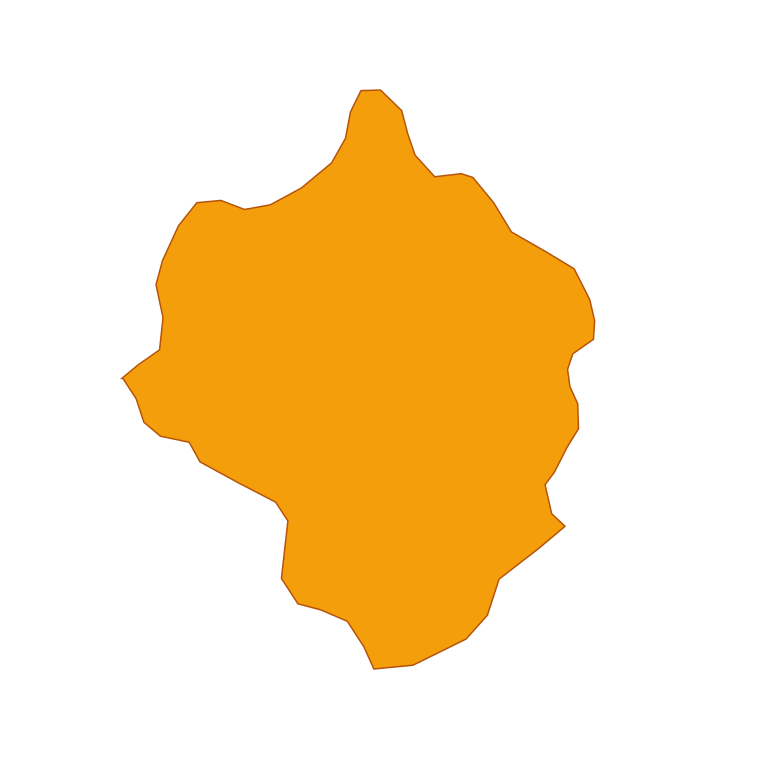 the district of Markaryd, Kronoberg, Sweden, rotated 327°
{"feature_id": "70781695B56962203648696", "entity_name": "Markaryd", "entity_type": "district", "adm_level": 2, "iso_a3": "SWE", "parent_name": "Sweden", "parent_adm1": "Kronoberg", "projection": "mercator", "projection_center": [13.654, 56.563], "detail": "fine", "context": "isolated", "style": "filled", "palette": "amber", "viewbox_px": 768, "rotation_deg": 327, "n_neighbors": 0, "source": "geoboundaries", "source_scale": "gbopen_adm2", "svg_char_len": 939}
<svg xmlns="http://www.w3.org/2000/svg" viewBox="0 0 768 768"><g transform="rotate(327 384 384)"><path d="M330.8,638.0L344.8,634.2L374.3,610.3L424.8,606.1L457.7,602.0L458.3,601.9L454.0,584.1L464.2,556.2L479.0,550.7L503.2,536.7L522.7,527.5L535.7,506.1L538.5,487.5L545.9,471.7L558.9,461.5L584.0,460.6L595.1,445.7L602.5,425.3L606.2,391.0L592.3,362.2L573.7,326.0L574.7,291.6L571.0,259.1L568.5,256.1L563.5,249.8L539.4,237.8L534.7,209.0L540.3,186.7L547.7,164.4L541.2,135.6L524.5,125.4L504.1,137.5L485.5,157.0L460.5,170.0L421.5,174.6L386.2,171.8L362.0,161.6L347.2,141.2L325.8,130.0L298.0,139.3L265.5,159.8L246.9,176.5L234.8,208.0L214.4,233.1L188.4,234.0L167.1,236.5L168.1,237.5L168.1,261.4L161.8,285.3L168.1,306.1L188.9,326.8L187.3,349.2L208.0,387.5L228.8,424.2L228.8,446.5L192.1,491.2L192.1,521.5L208.0,539.1L224.0,563.0L224.0,593.3L220.3,617.5L255.1,635.6L314.0,642.6L330.8,638.0Z" fill="#f59e0b" stroke="#b45309" stroke-width="1.5"/></g></svg>